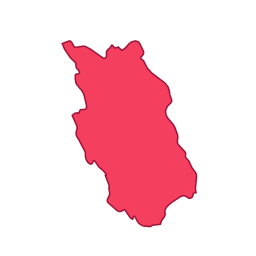 outline of Alytaus, rotated 251°
{"feature_id": "LTU-1067", "entity_name": "Alytaus", "entity_type": "County", "adm_level": 1, "iso_a3": "LTU", "parent_name": "Lithuania", "parent_adm1": "", "projection": "equal_earth", "projection_center": [24.158, 54.224], "detail": "fine", "context": "isolated", "style": "filled", "palette": "rose", "viewbox_px": 256, "rotation_deg": 251, "n_neighbors": 0, "source": "natural_earth", "source_scale": "10m", "svg_char_len": 2626}
<svg xmlns="http://www.w3.org/2000/svg" viewBox="0 0 256 256"><g transform="rotate(251 128 128)"><path d="M211.7,139.9L208.2,141.5L207.7,142.4L207.7,143.6L207.8,144.6L207.8,145.2L205.5,146.2L204.4,147.2L203.6,147.3L203.4,147.8L204.0,150.1L205.5,153.4L207.1,156.0L208.2,158.9L208.0,163.1L206.4,165.7L204.2,166.6L196.3,167.5L194.1,167.4L192.3,166.1L190.7,163.1L190.2,162.9L189.8,162.8L189.3,162.9L186.4,164.6L178.6,165.7L172.4,168.3L158.4,177.6L153.9,179.2L149.5,179.2L145.6,178.3L141.5,178.5L139.1,178.1L137.8,176.7L135.7,172.3L132.3,169.2L128.4,168.2L124.4,168.8L116.8,171.8L113.2,172.5L105.3,172.6L103.3,172.2L99.7,170.5L97.8,169.9L95.9,170.2L86.6,174.2L85.6,174.3L84.6,174.0L82.4,173.1L81.5,173.0L79.7,173.5L77.5,174.7L69.9,175.5L63.8,177.4L61.9,177.5L59.8,177.0L48.8,172.0L44.6,171.2L45.1,170.3L45.2,169.5L44.8,168.7L44.1,168.0L42.8,167.3L41.8,166.2L41.3,164.8L41.4,163.1L42.0,162.5L42.7,161.9L44.1,161.0L46.0,158.6L46.0,155.2L44.2,148.1L43.3,144.8L42.0,141.4L40.3,138.3L38.3,136.2L37.1,135.7L34.5,135.1L33.3,134.5L32.1,133.3L29.9,130.2L28.8,128.9L26.5,127.5L26.9,124.7L28.1,119.8L28.0,118.8L27.6,117.8L27.6,116.8L28.0,115.7L28.9,114.1L29.3,112.8L30.7,110.2L32.9,108.2L34.6,107.1L37.6,106.3L41.5,105.8L42.5,105.3L42.7,104.5L42.4,104.1L40.9,103.4L40.3,102.7L41.3,101.7L42.4,100.9L51.7,98.4L51.8,97.3L51.8,96.8L51.6,95.2L51.5,94.0L51.8,92.7L52.7,91.5L53.7,90.7L64.0,84.8L65.1,84.6L66.4,84.8L68.4,86.4L69.4,87.6L71.7,89.3L78.0,90.5L79.3,91.5L90.7,91.1L91.0,91.6L90.6,92.1L91.2,92.2L92.9,91.8L96.2,90.4L100.3,87.9L107.4,85.9L107.9,85.7L108.1,85.3L108.1,84.9L108.0,84.4L107.7,84.1L106.8,83.4L106.5,83.2L106.3,82.8L106.1,82.3L105.9,81.8L106.0,81.2L106.2,80.7L106.5,80.2L106.9,79.9L107.7,79.3L108.6,78.9L111.4,78.2L113.8,78.3L116.2,78.8L117.3,79.3L118.4,79.6L119.5,79.7L132.9,77.7L135.3,77.1L137.7,76.8L139.6,77.0L142.2,78.3L143.3,79.4L145.5,80.1L147.2,80.3L158.0,79.3L159.3,82.8L159.0,83.7L158.9,85.1L158.3,85.6L157.9,86.1L158.1,86.4L160.2,88.1L160.7,89.2L160.2,91.5L159.7,92.8L159.7,94.0L160.2,95.0L162.6,96.1L173.4,97.2L175.4,97.1L179.5,96.2L181.0,95.4L183.9,94.5L186.0,93.6L187.7,93.5L191.1,94.0L194.7,95.2L195.5,95.7L195.8,96.6L195.6,97.5L195.2,98.5L195.5,99.4L196.3,100.2L197.6,100.2L198.7,100.0L200.6,99.1L202.1,98.8L204.5,99.2L206.1,99.6L207.4,99.4L213.1,96.4L223.1,93.7L229.2,93.3L229.5,100.2L229.3,100.9L229.0,101.9L226.7,102.8L223.5,103.3L222.3,103.8L221.7,104.2L221.3,104.9L220.8,107.1L220.1,111.7L219.3,113.9L214.9,118.1L201.8,127.6L201.4,129.1L202.0,130.3L203.2,131.1L206.2,132.1L207.3,132.7L208.1,133.5L208.6,134.5L209.5,136.7L211.7,139.8L211.7,139.9Z" fill="#f43f5e" stroke="#9f1239" stroke-width="1.5"/></g></svg>